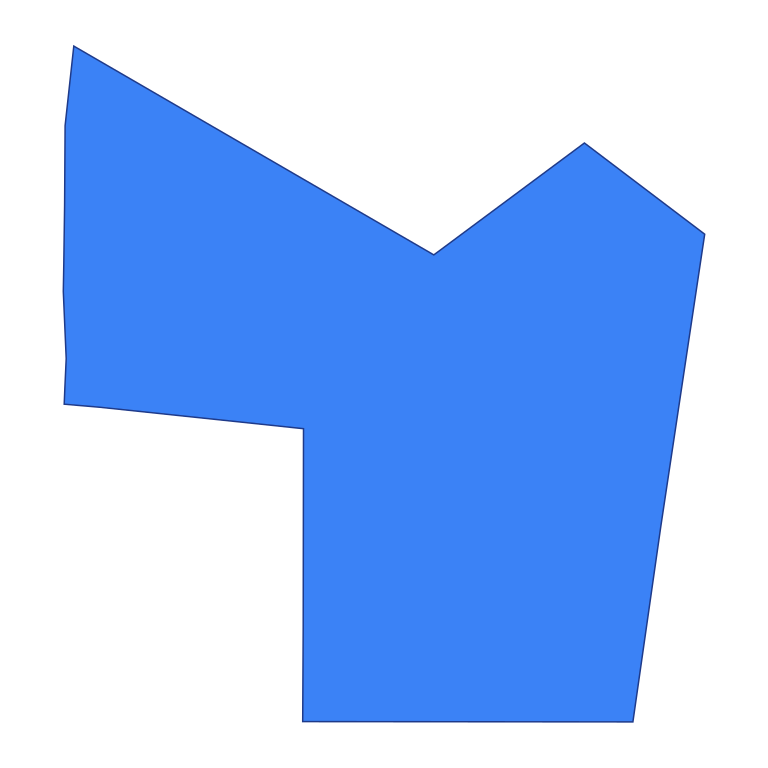 the district of Basseknou, Hodh ech Chargui, Mauritania
{"feature_id": "47542326B79518958456259", "entity_name": "Basseknou", "entity_type": "district", "adm_level": 2, "iso_a3": "MRT", "parent_name": "Mauritania", "parent_adm1": "Hodh ech Chargui", "projection": "equal_earth", "projection_center": [-6.334, 16.078], "detail": "fine", "context": "isolated", "style": "filled", "palette": "blue", "viewbox_px": 768, "rotation_deg": 0, "n_neighbors": 0, "source": "geoboundaries", "source_scale": "gbopen_adm2", "svg_char_len": 350}
<svg xmlns="http://www.w3.org/2000/svg" viewBox="0 0 768 768"><path d="M302.7,721.6L632.9,721.9L660.8,526.5L704.7,234.2L584.4,143.0L433.8,254.9L267.1,158.2L73.8,46.1L65.1,125.7L64.6,205.6L63.8,263.5L63.3,291.5L66.2,358.6L64.9,387.2L64.2,404.2L99.3,407.2L303.5,428.7L303.2,627.8L302.7,721.6Z" fill="#3b82f6" stroke="#1e3a8a" stroke-width="1.5"/></svg>